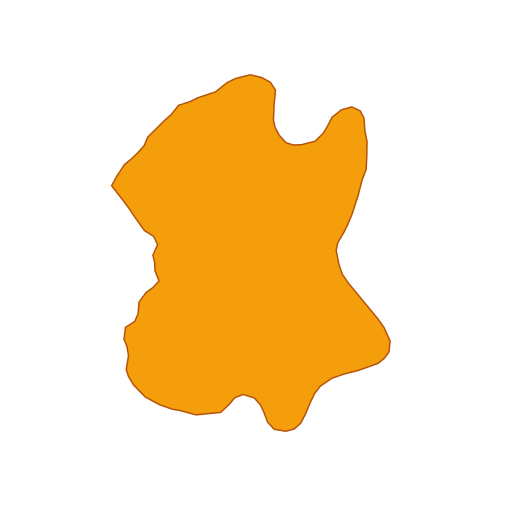 outline of Boracéia, São Paulo, Brazil, rotated 24°
{"feature_id": "56859067B36731884931019", "entity_name": "Boracéia", "entity_type": "district", "adm_level": 2, "iso_a3": "BRA", "parent_name": "Brazil", "parent_adm1": "São Paulo", "projection": "natural_earth1", "projection_center": [-48.79, -22.168], "detail": "fine", "context": "isolated", "style": "filled", "palette": "amber", "viewbox_px": 512, "rotation_deg": 24, "n_neighbors": 0, "source": "geoboundaries", "source_scale": "gbopen_adm2", "svg_char_len": 1405}
<svg xmlns="http://www.w3.org/2000/svg" viewBox="0 0 512 512"><g transform="rotate(24 256 256)"><path d="M124.0,149.8L121.0,161.2L116.9,170.3L112.6,181.6L108.7,191.5L109.0,200.4L106.2,209.2L103.0,217.3L98.7,225.9L96.4,239.5L95.5,250.5L109.0,257.7L121.2,264.5L128.6,269.2L135.1,273.1L143.7,278.1L154.7,279.8L161.5,285.7L161.5,297.3L166.1,303.1L169.6,310.4L177.5,318.2L175.0,326.1L170.4,334.2L167.9,345.7L171.8,356.8L171.8,365.2L165.8,374.2L169.3,385.8L174.6,390.7L180.0,398.8L183.6,412.4L188.6,418.0L196.4,423.5L212.1,429.8L221.7,430.6L228.5,431.1L241.8,430.0L249.5,428.1L265.9,425.5L287.4,413.2L292.1,401.8L294.2,394.2L300.6,387.7L312.1,386.4L320.6,390.2L327.1,395.9L334.2,403.1L343.1,406.9L354.5,404.0L361.3,398.5L364.8,390.7L365.5,380.5L365.2,366.5L365.5,357.6L367.7,348.7L375.0,336.9L384.1,328.3L395.9,319.0L411.2,304.4L414.9,297.3L416.5,289.5L413.1,279.1L401.9,269.2L392.6,263.7L351.7,243.3L342.0,237.4L334.9,229.6L327.0,218.3L325.3,210.5L326.7,198.3L327.0,189.7L326.7,178.2L324.6,158.7L322.0,143.5L321.4,132.0L316.7,120.0L311.0,106.5L304.6,97.4L298.5,86.0L292.1,81.0L282.8,80.9L274.6,87.7L269.1,98.3L268.5,108.0L267.5,116.6L263.2,127.2L252.2,135.9L244.7,139.5L237.2,140.3L228.1,136.2L221.0,130.7L216.7,124.8L211.2,111.0L206.4,96.6L198.6,91.5L188.9,90.6L177.1,92.8L165.1,102.1L159.0,109.5L152.2,122.6L138.7,134.9L132.6,142.1L124.0,149.8Z" fill="#f59e0b" stroke="#b45309" stroke-width="1.5"/></g></svg>